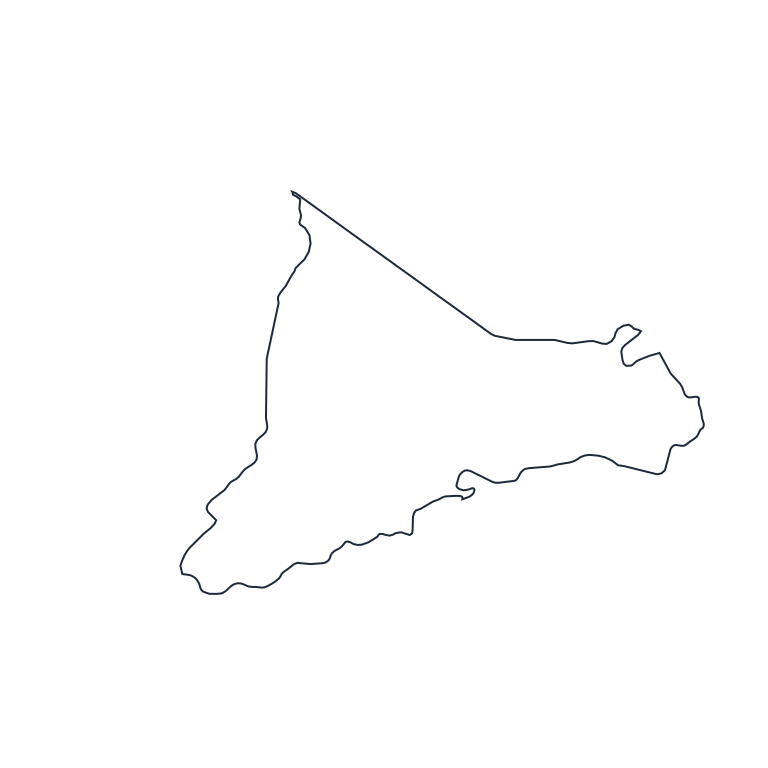 an SVG outline of Morona Santiago, rotated 241°
{"feature_id": "ECU-1285", "entity_name": "Morona Santiago", "entity_type": "Province", "adm_level": 1, "iso_a3": "ECU", "parent_name": "Ecuador", "parent_adm1": "", "projection": "equal_earth", "projection_center": [-78.23, -2.513], "detail": "fine", "context": "isolated", "style": "outline", "palette": "slate", "viewbox_px": 768, "rotation_deg": 241, "n_neighbors": 0, "source": "natural_earth", "source_scale": "10m", "svg_char_len": 3610}
<svg xmlns="http://www.w3.org/2000/svg" viewBox="0 0 768 768"><g transform="rotate(241 384 384)"><path d="M596.6,397.0L593.8,399.3L576.6,407.4L553.0,418.5L529.5,429.5L506.0,440.6L482.5,451.7L459.0,462.8L435.5,473.8L412.0,484.9L388.5,496.0L383.3,498.4L376.1,501.8L372.5,504.2L358.8,520.4L339.9,554.5L330.8,564.6L328.2,568.5L322.4,583.4L320.1,587.9L313.3,594.7L311.1,598.2L311.1,603.8L313.3,608.3L316.2,611.1L318.6,614.8L318.9,621.7L317.2,626.8L314.3,628.5L311.0,629.4L308.1,632.7L305.5,634.3L303.7,629.8L301.2,613.6L299.8,609.8L297.4,607.3L289.3,604.2L285.4,603.5L282.3,604.8L280.2,609.5L280.4,611.1L281.5,616.1L281.4,618.9L280.0,629.7L277.6,640.0L277.4,640.0L254.2,639.8L240.4,643.1L236.7,643.2L229.4,642.1L227.2,642.5L225.5,643.2L224.5,644.1L223.9,645.2L222.0,649.9L221.1,651.4L219.9,652.5L218.7,652.4L215.4,650.3L213.4,649.5L207.1,648.3L199.4,645.5L194.2,644.4L192.1,643.1L191.0,641.5L190.9,639.8L190.4,638.3L189.5,636.8L188.1,635.0L187.1,633.4L186.3,631.9L185.9,630.1L185.6,627.9L185.3,623.3L184.6,619.9L184.4,618.1L184.6,616.5L185.3,614.9L186.3,613.5L188.3,610.9L189.2,609.6L189.7,608.0L189.6,606.5L189.1,604.7L187.9,602.8L172.3,587.9L171.4,583.4L171.8,581.6L172.6,579.1L195.6,554.4L199.4,549.4L206.4,546.3L212.8,541.7L217.4,536.7L222.3,529.5L224.1,525.1L224.8,520.5L224.4,516.8L224.4,512.8L225.2,508.8L229.7,496.2L230.2,493.6L231.3,489.4L240.2,469.8L241.3,466.2L241.2,463.8L240.5,461.3L239.2,458.8L237.6,456.5L236.5,454.5L235.9,452.8L236.1,451.1L242.0,436.4L243.6,433.6L245.5,431.6L266.2,417.3L268.2,414.9L269.1,412.7L269.1,410.6L268.6,408.6L267.9,406.3L266.6,404.5L260.7,398.6L259.6,397.9L258.0,397.9L256.1,398.6L254.4,400.0L252.4,402.2L251.3,404.9L250.6,407.6L250.2,410.3L249.4,411.7L248.1,412.0L246.4,410.9L245.0,409.1L244.3,406.5L244.0,404.1L245.2,396.6L246.5,397.6L247.1,397.6L247.7,397.6L248.3,397.1L249.1,396.4L251.0,393.3L255.5,384.1L256.2,382.2L256.5,380.1L256.5,377.2L256.6,374.8L257.4,370.1L257.1,355.8L257.5,353.0L257.9,350.7L256.6,347.8L253.9,345.0L242.2,338.1L239.7,336.1L239.4,333.3L246.0,327.1L247.0,324.7L247.9,321.5L247.9,318.8L248.7,315.3L250.6,313.0L253.7,309.8L254.8,307.8L254.8,306.3L254.1,305.0L253.6,303.7L253.1,293.9L254.2,286.8L256.1,282.8L258.8,279.7L261.6,278.0L264.0,275.7L264.5,273.7L262.6,268.9L261.9,265.8L262.0,259.7L261.2,256.5L259.9,254.2L258.5,252.9L257.1,251.0L256.4,249.0L256.3,245.9L257.1,243.3L262.1,232.5L269.6,221.4L270.1,218.1L268.8,210.4L268.2,204.5L267.5,202.4L266.5,201.0L265.6,199.6L264.7,197.3L264.0,193.2L263.7,189.0L263.7,183.6L264.2,180.7L265.1,178.5L266.2,177.0L267.2,175.5L268.5,173.8L270.0,171.0L271.4,168.9L273.0,167.0L277.4,163.6L279.2,161.8L280.6,159.5L281.3,157.3L281.6,154.5L281.3,151.9L279.6,144.9L279.5,141.4L280.0,139.3L281.8,135.5L285.0,129.8L287.0,127.8L290.5,124.9L293.2,124.3L299.5,125.6L304.3,125.3L307.0,124.3L310.1,122.4L311.8,120.5L315.6,115.5L323.7,117.8L328.1,122.7L330.9,126.5L333.2,130.4L334.8,134.0L340.5,153.9L342.0,162.3L343.9,168.1L346.2,171.2L349.0,170.4L357.5,168.0L361.1,168.5L363.9,171.2L366.1,176.7L368.6,193.3L372.0,200.6L372.6,202.9L372.6,208.5L373.2,211.9L376.0,218.2L377.0,221.7L377.5,229.2L378.1,232.8L379.7,235.9L383.0,238.2L390.6,240.7L394.0,242.4L396.4,245.5L397.5,249.4L398.2,253.6L399.5,257.6L402.0,260.5L405.0,262.0L411.5,264.3L463.0,293.7L505.9,331.1L509.2,332.2L511.8,333.8L514.1,337.7L517.5,345.8L524.1,356.4L525.7,360.0L527.0,361.4L528.3,363.1L528.9,365.5L529.3,366.4L531.6,375.0L536.1,382.3L542.5,387.9L550.1,390.9L558.5,390.6L564.2,388.0L566.3,388.3L569.4,391.5L571.8,393.2L578.2,394.9L586.1,400.2L590.1,398.5L593.8,396.1L596.4,397.0L596.6,397.0Z" fill="none" stroke="#1e293b" stroke-width="2"/></g></svg>